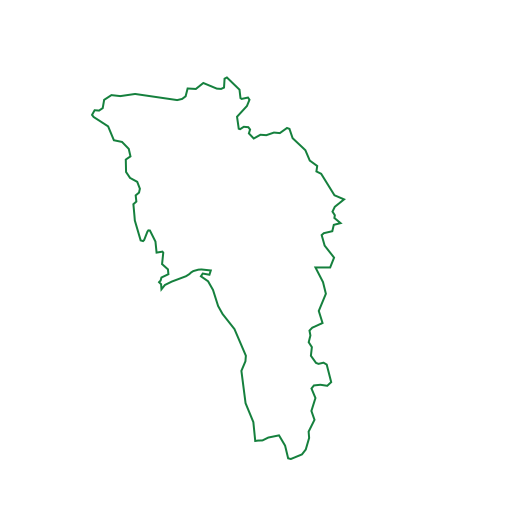 an SVG outline of Somerset, rotated 249°
{"feature_id": "GBR-2047", "entity_name": "Somerset", "entity_type": "Administrative County", "adm_level": 1, "iso_a3": "GBR", "parent_name": "United Kingdom", "parent_adm1": "", "projection": "orthographic", "projection_center": [-2.947, 51.075], "detail": "fine", "context": "isolated", "style": "outline", "palette": "green", "viewbox_px": 512, "rotation_deg": 249, "n_neighbors": 0, "source": "natural_earth", "source_scale": "10m", "svg_char_len": 2010}
<svg xmlns="http://www.w3.org/2000/svg" viewBox="0 0 512 512"><g transform="rotate(249 256 256)"><path d="M83.6,189.0L101.9,194.0L122.3,193.5L154.0,201.2L161.5,208.4L166.5,210.8L195.5,209.7L213.8,204.0L222.9,202.7L239.7,203.7L249.6,202.2L256.8,197.3L258.7,200.0L255.2,205.8L258.7,208.6L263.0,200.2L263.9,197.3L264.4,192.1L263.9,189.5L263.0,187.3L262.2,183.4L262.3,168.3L261.6,160.6L258.8,155.8L263.7,157.3L266.3,156.1L266.5,156.4L267.1,157.9L267.2,158.1L269.8,160.0L270.4,167.7L275.1,169.0L282.1,165.4L292.3,170.6L293.6,170.2L294.8,164.4L305.5,167.3L317.8,166.1L318.5,164.7L317.7,163.4L311.0,157.3L310.4,155.9L311.9,153.9L332.6,155.6L337.0,156.9L348.3,160.1L349.7,163.8L355.7,165.4L357.1,169.5L360.4,171.7L367.8,171.7L374.0,166.4L381.0,164.8L392.7,169.0L394.0,174.5L401.6,175.6L410.5,171.8L415.0,164.8L430.0,164.4L444.0,154.2L446.5,153.5L449.9,157.6L448.0,161.6L449.0,165.9L456.2,170.2L458.0,178.7L453.9,186.6L450.6,201.2L429.8,238.3L429.1,243.3L430.3,247.5L436.9,252.2L433.5,259.7L436.4,268.8L426.3,279.4L424.5,283.3L424.7,286.5L432.8,290.2L433.1,292.8L417.2,300.2L409.0,298.1L407.8,298.9L406.8,305.3L404.2,305.9L399.3,301.3L392.8,288.2L381.0,285.5L380.1,286.6L381.0,290.9L379.0,295.0L376.2,295.8L373.0,293.3L366.5,296.0L367.6,303.6L365.1,308.9L364.8,317.0L362.2,322.3L364.4,330.8L362.7,332.8L352.9,332.4L337.1,340.0L325.8,340.4L318.1,345.4L313.3,342.7L309.4,346.3L284.6,351.0L277.3,358.5L273.7,347.2L270.0,343.3L265.8,344.2L263.4,342.8L256.4,346.7L257.2,339.8L251.8,336.1L253.0,327.5L252.0,324.8L241.1,323.8L226.5,328.3L218.7,321.1L224.0,307.4L207.6,309.2L195.7,307.7L182.2,294.9L169.6,294.1L168.9,282.8L167.2,279.2L162.3,278.3L156.6,274.3L150.9,275.5L143.2,271.5L134.7,273.7L132.9,275.7L132.2,280.8L129.3,283.1L111.3,281.0L109.3,276.0L112.7,270.0L114.4,263.7L112.4,260.3L102.1,260.6L91.5,252.2L82.1,251.9L73.2,242.2L67.1,240.4L57.5,233.1L54.3,227.8L54.0,215.8L55.6,213.5L68.5,215.2L80.3,213.2L82.1,202.4L81.5,196.0L82.8,192.2L83.0,191.6L83.6,189.0Z" fill="none" stroke="#15803d" stroke-width="2"/></g></svg>